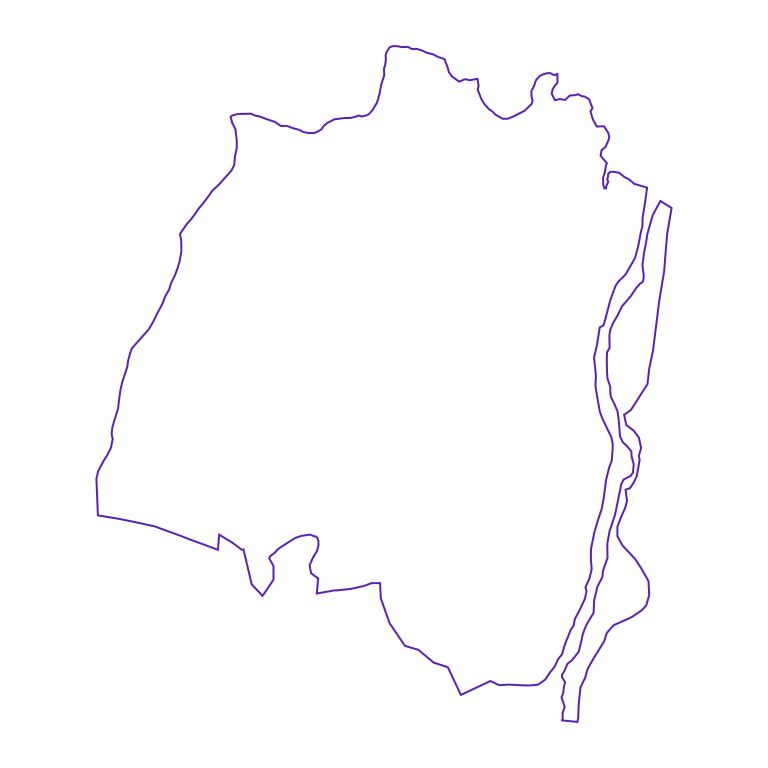 Al Fashn, Bani Suwayf, Egypt (Natural Earth projection)
{"feature_id": "37247803B34846492708063", "entity_name": "Al Fashn", "entity_type": "district", "adm_level": 2, "iso_a3": "EGY", "parent_name": "Egypt", "parent_adm1": "Bani Suwayf", "projection": "natural_earth1", "projection_center": [30.866, 28.805], "detail": "fine", "context": "isolated", "style": "outline", "palette": "violet", "viewbox_px": 768, "rotation_deg": 0, "n_neighbors": 0, "source": "geoboundaries", "source_scale": "gbopen_adm2", "svg_char_len": 5651}
<svg xmlns="http://www.w3.org/2000/svg" viewBox="0 0 768 768"><path d="M477.5,79.0L476.2,79.0L474.4,79.4L469.3,80.3L466.3,79.3L464.3,79.4L459.2,81.7L452.0,76.4L448.9,72.1L447.8,67.8L445.7,62.4L444.6,59.1L438.4,57.1L432.3,54.0L427.2,53.0L423.1,50.9L417.0,48.9L411.9,49.0L407.8,46.9L401.8,47.1L396.7,46.1L392.6,46.2L389.6,47.3L386.7,51.8L385.7,55.0L385.8,60.5L385.0,65.9L384.0,68.1L384.2,75.8L383.3,78.1L382.3,81.2L381.3,84.5L380.4,88.9L380.0,91.2L379.5,94.4L378.5,96.6L378.6,97.7L376.7,103.1L374.7,106.5L372.7,109.8L370.8,112.0L368.8,114.2L366.8,115.3L361.8,116.5L358.7,115.5L355.7,116.7L350.6,117.9L347.6,118.0L344.6,118.0L334.5,119.3L327.5,122.8L324.3,125.5L323.5,126.1L321.5,129.4L317.5,131.7L314.5,132.9L310.5,133.0L308.4,133.0L303.3,132.0L299.3,129.9L292.1,127.9L287.0,125.9L285.8,125.9L280.9,126.0L277.8,123.9L274.8,121.8L271.7,120.8L265.6,118.8L260.5,116.7L255.4,115.7L251.3,113.7L246.2,113.8L241.2,113.9L238.1,114.0L233.1,115.2L230.6,116.6L232.2,122.8L235.4,129.3L236.7,140.1L236.8,147.7L235.0,156.5L234.2,165.2L231.3,170.7L226.3,176.3L219.4,184.1L213.5,189.6L211.5,191.9L207.6,197.4L202.6,204.0L198.7,208.5L195.8,212.9L190.8,219.6L186.9,224.0L180.0,234.0L181.2,240.5L181.4,251.3L179.6,261.2L177.7,267.8L174.9,275.4L171.0,283.2L169.1,289.7L165.2,296.3L162.3,304.0L157.5,312.9L153.0,322.1L148.7,329.4L140.8,338.3L136.9,342.7L131.9,348.3L130.0,353.8L128.2,360.4L127.3,366.9L122.5,381.2L120.7,388.8L119.8,394.3L118.9,400.8L118.1,408.5L115.3,417.3L112.4,427.1L111.6,433.7L112.7,439.1L110.9,447.8L107.0,455.6L104.1,460.0L101.1,465.5L98.2,471.0L96.4,478.7L97.9,515.4L118.7,518.8L132.7,521.6L141.5,523.5L154.7,526.4L156.7,527.1L182.1,536.4L187.3,538.5L203.9,544.6L216.8,549.4L217.9,549.8L219.2,534.7L232.2,542.6L241.9,549.8L243.5,549.5L248.3,569.8L251.7,584.4L261.5,594.7L262.4,595.8L264.4,593.2L273.5,579.7L273.5,565.9L269.7,559.3L269.2,558.4L270.2,556.2L275.5,552.1L277.0,550.1L279.5,548.0L287.3,543.0L295.0,538.1L298.8,536.7L301.3,535.9L310.2,534.6L314.2,536.3L315.5,536.4L317.3,537.7L318.4,540.9L318.5,545.3L317.0,551.0L313.0,557.6L310.2,563.9L309.6,565.1L311.0,573.1L316.8,577.5L318.2,578.5L317.0,591.4L316.8,593.5L318.1,593.3L334.4,590.4L336.7,590.4L350.9,588.9L363.8,586.0L366.6,585.0L371.6,583.1L372.7,583.1L380.1,583.1L380.7,596.9L380.8,598.3L389.6,623.2L390.4,624.4L405.0,645.9L418.3,649.8L433.7,662.6L446.9,666.9L447.8,667.2L460.9,694.9L461.8,694.5L489.0,681.7L490.3,681.0L499.2,685.2L508.7,684.6L511.1,684.7L522.6,685.3L528.1,685.5L528.6,685.5L538.2,684.7L545.3,679.5L550.0,672.5L554.8,666.5L557.9,659.5L562.1,654.2L563.9,647.6L566.1,641.3L567.6,637.8L570.7,629.7L573.6,625.8L574.8,619.2L580.3,608.7L585.0,598.5L586.5,591.2L585.5,587.1L589.5,578.3L591.7,568.9L590.9,559.9L590.9,555.1L591.0,549.0L594.3,532.6L596.8,523.9L598.9,517.3L601.7,508.9L603.8,497.7L606.1,479.9L609.2,467.3L611.7,461.0L612.4,452.4L612.5,451.6L612.7,443.6L611.3,437.0L607.9,430.1L602.5,418.8L599.8,411.6L598.0,401.5L595.4,385.6L595.9,377.0L595.9,375.8L595.1,367.2L594.0,357.8L596.5,347.1L597.0,344.6L597.3,343.0L599.7,327.5L603.6,325.3L606.3,315.5L610.0,301.2L612.8,293.2L615.6,285.8L618.4,281.6L625.2,274.9L629.1,268.4L635.1,257.8L638.2,246.3L640.9,232.0L642.4,226.4L642.6,217.7L644.9,203.4L647.0,188.7L647.0,187.6L633.9,183.7L632.6,182.3L631.4,181.4L628.5,179.1L626.4,178.0L624.4,177.0L619.2,172.8L614.1,171.8L610.1,171.9L608.1,174.1L608.1,176.3L607.2,179.6L608.3,181.7L607.3,183.9L606.3,186.1L606.1,188.3L604.4,188.3L603.3,185.1L603.1,177.5L605.0,172.0L605.9,165.5L606.9,163.3L605.1,161.1L600.6,155.8L601.5,150.3L605.5,147.0L608.4,140.4L609.3,137.1L608.2,132.7L604.0,126.3L600.0,126.4L596.9,126.5L593.8,121.1L592.7,118.9L590.5,111.4L592.5,108.1L590.4,102.7L589.3,99.4L584.1,96.3L582.1,96.3L578.0,94.2L575.7,95.1L569.9,95.5L565.0,100.0L559.9,99.0L554.9,100.2L553.8,98.0L551.7,93.7L552.6,89.4L555.5,84.9L557.5,82.7L557.3,74.0L554.3,75.2L550.2,73.1L547.2,73.2L543.2,74.3L539.7,76.0L536.2,79.9L535.2,82.1L534.3,85.4L533.3,87.6L531.4,90.9L531.5,96.4L532.6,100.7L531.6,104.0L525.7,109.7L524.7,110.7L513.7,116.4L507.7,118.7L502.6,118.8L495.4,114.6L492.3,111.4L489.2,109.3L485.1,105.0L483.0,101.8L481.4,99.3L478.7,92.1L477.7,90.0L478.6,85.6L477.5,79.0ZM671.6,208.0L660.4,201.0L658.1,205.2L652.9,214.8L648.5,229.8L648.4,230.7L647.4,233.6L645.9,243.6L644.3,251.4L642.4,265.1L643.6,274.7L643.7,276.9L643.6,278.2L642.7,282.0L639.7,284.0L636.8,287.2L630.5,296.5L622.1,306.2L617.6,315.4L613.0,323.2L610.2,330.1L609.4,335.6L609.6,347.9L607.1,352.1L606.8,358.9L607.0,371.7L607.5,378.5L610.2,386.7L610.3,391.7L610.8,396.7L613.9,403.0L617.5,411.2L618.9,421.6L620.0,436.2L622.7,442.1L627.0,446.1L631.4,451.5L631.5,456.1L633.7,464.2L633.0,472.5L630.9,475.7L623.7,479.5L621.2,484.1L620.1,490.5L618.9,495.5L617.3,503.9L614.9,515.3L612.1,523.6L609.6,530.9L607.3,543.7L607.5,557.9L603.0,570.7L602.4,577.0L597.4,586.7L595.4,595.4L594.2,600.0L593.6,612.8L589.4,619.7L586.5,624.8L584.1,630.3L582.4,635.8L581.7,639.5L579.5,648.6L578.7,651.8L574.8,656.7L572.0,660.1L567.4,663.9L564.5,670.8L562.0,674.9L562.0,677.2L565.1,682.2L563.9,686.8L563.2,693.2L561.5,697.3L564.7,706.8L562.6,713.0L562.7,718.5L562.1,720.4L577.4,721.9L578.2,717.9L578.7,704.5L580.5,687.3L585.0,678.1L587.7,668.9L593.3,658.8L604.1,641.4L606.8,633.0L613.6,625.2L631.4,617.3L641.8,610.2L646.2,605.5L649.2,595.2L648.5,581.1L641.8,569.2L635.1,559.0L622.6,545.6L617.4,536.2L617.4,526.7L620.4,518.8L625.5,507.0L627.0,500.7L625.6,489.7L630.0,488.1L633.7,482.6L636.7,476.3L638.2,468.4L639.6,459.7L638.9,455.8L641.1,447.9L638.9,437.7L633.7,430.6L626.3,425.1L624.1,414.8L630.8,410.1L647.5,384.1L649.1,369.3L653.0,350.6L659.3,300.5L664.2,270.9L665.7,251.0L667.2,233.7L671.6,208.0Z" fill="none" stroke="#5b21b6" stroke-width="2"/></svg>